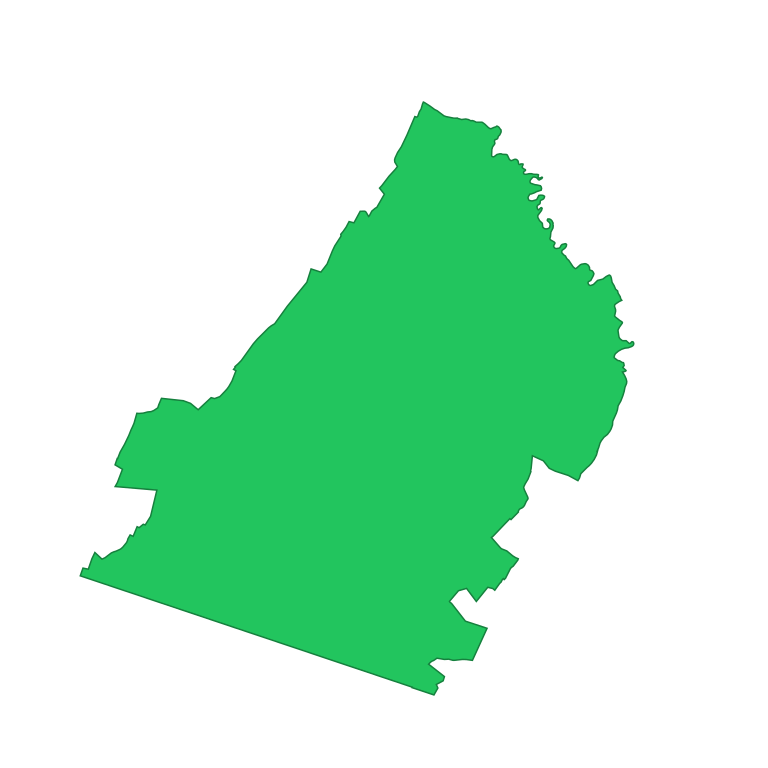 Polonuevo, Atlántico, Colombia (orthographic projection), rotated 198°
{"feature_id": "7082276B89878493029367", "entity_name": "Polonuevo", "entity_type": "district", "adm_level": 2, "iso_a3": "COL", "parent_name": "Colombia", "parent_adm1": "Atlántico", "projection": "orthographic", "projection_center": [-74.861, 10.76], "detail": "fine", "context": "isolated", "style": "filled", "palette": "green", "viewbox_px": 768, "rotation_deg": 198, "n_neighbors": 0, "source": "geoboundaries", "source_scale": "gbopen_adm2", "svg_char_len": 6171}
<svg xmlns="http://www.w3.org/2000/svg" viewBox="0 0 768 768"><g transform="rotate(198 384 384)"><path d="M259.5,567.3L262.1,566.0L263.3,566.0L264.0,566.2L265.2,567.3L265.3,568.3L264.9,570.4L265.1,571.1L265.9,571.6L270.3,572.6L271.2,573.6L271.2,575.5L272.2,580.0L271.5,584.6L272.0,586.9L272.7,588.1L272.9,589.3L274.8,591.2L276.2,591.9L277.5,592.1L279.2,591.6L279.4,590.3L278.9,589.7L276.4,588.6L275.2,587.1L274.8,584.2L274.9,583.8L276.1,582.4L277.7,581.6L278.7,581.4L279.6,581.4L281.5,582.3L283.1,585.8L286.6,587.5L289.2,590.0L289.8,591.8L287.8,597.7L287.9,600.0L288.8,600.4L289.3,600.1L290.7,597.6L291.1,597.3L292.2,598.0L293.4,600.0L292.8,602.0L291.6,603.3L291.4,604.2L291.9,606.4L291.5,607.3L290.0,608.6L289.4,609.5L289.1,610.7L289.3,612.1L290.4,612.5L291.5,612.5L293.5,612.0L295.0,611.2L295.7,606.8L296.5,606.0L299.8,603.8L302.4,603.5L303.2,603.8L304.6,605.5L304.6,607.2L303.9,609.7L302.7,610.2L299.9,612.4L298.4,614.0L294.4,616.9L294.5,618.6L295.4,620.1L296.5,620.9L300.0,620.6L302.1,620.2L306.5,620.3L307.1,620.6L307.8,621.7L307.8,623.2L306.5,626.4L305.7,627.1L305.1,627.3L303.2,627.4L301.8,627.0L300.3,626.0L299.4,626.0L297.4,628.1L297.1,629.2L297.4,629.5L297.8,629.5L299.1,628.2L300.0,627.9L300.8,628.1L301.5,628.7L301.7,630.6L302.1,630.8L303.5,630.6L306.4,629.7L308.7,629.6L311.1,628.8L313.1,627.6L314.8,627.0L315.5,627.0L316.2,627.3L316.7,628.5L316.6,629.5L315.7,630.3L315.5,631.2L316.0,631.6L317.9,631.9L319.4,632.6L319.7,633.4L319.5,635.6L319.9,636.2L321.9,635.6L322.3,634.8L323.5,634.6L324.0,635.1L325.4,637.5L326.8,638.3L328.0,638.5L329.3,638.0L331.7,635.9L332.5,635.7L334.2,636.4L337.5,639.9L338.7,640.1L342.1,639.1L343.9,639.1L345.2,638.6L347.5,637.2L349.2,634.7L349.9,633.9L350.9,633.7L351.8,633.9L352.3,634.6L353.9,640.4L354.0,643.1L353.0,646.0L352.9,647.2L353.9,648.8L354.0,649.7L353.9,650.7L352.4,651.7L351.8,652.6L351.8,654.9L350.9,656.6L350.5,659.4L350.7,660.6L351.3,661.9L352.3,662.4L354.0,663.7L355.6,664.2L356.5,664.1L357.3,662.9L358.4,662.3L361.1,659.9L362.4,659.7L364.1,660.2L368.2,662.2L371.1,663.2L371.9,663.2L377.2,661.5L379.8,661.9L381.6,661.8L382.2,661.4L383.1,661.2L385.2,661.6L388.1,661.3L392.0,659.5L395.7,659.4L396.7,659.6L397.2,659.2L399.9,658.4L407.7,657.5L410.0,657.6L417.8,660.3L420.6,660.7L426.0,662.5L432.5,664.2L433.7,664.3L433.9,662.3L433.7,656.9L434.5,653.9L434.6,649.1L435.0,648.3L435.4,647.9L437.3,647.9L439.1,627.8L440.8,615.0L442.6,608.5L443.3,602.6L443.2,600.4L442.3,598.4L438.4,595.0L439.6,591.6L443.4,583.3L447.4,571.9L448.8,568.9L442.3,564.6L445.4,549.8L446.6,548.5L449.0,544.7L449.9,539.6L450.4,538.6L454.2,541.9L455.0,542.3L456.0,542.3L460.0,540.9L462.4,528.0L467.4,527.7L468.5,521.4L470.0,516.5L471.4,513.0L470.6,511.5L470.7,510.8L473.5,500.2L474.2,494.8L475.2,480.5L478.6,470.9L488.9,470.9L488.8,456.9L500.0,428.1L506.6,407.5L509.3,404.4L511.1,401.7L518.2,387.8L520.7,381.9L526.9,362.4L528.9,358.3L531.1,354.5L530.6,354.1L531.6,351.4L528.9,350.9L529.5,339.9L530.8,333.6L531.8,330.6L533.2,327.5L536.2,321.3L540.6,317.8L544.2,317.6L552.8,302.1L562.0,305.8L569.7,306.1L591.2,301.6L591.8,294.8L591.8,291.4L594.7,287.7L596.9,285.8L600.3,284.3L604.0,281.9L607.9,280.3L610.0,279.8L609.6,269.3L610.0,265.3L610.4,262.3L610.8,256.2L612.1,246.5L613.9,237.7L614.3,230.7L614.7,230.7L614.8,224.0L606.4,222.1L607.1,207.9L608.0,203.4L567.2,212.9L565.1,186.0L567.5,176.2L569.6,176.2L572.5,171.7L574.7,172.0L575.5,161.6L578.8,162.0L579.7,157.8L579.6,155.4L579.9,153.5L582.1,147.9L583.6,145.5L587.1,142.3L589.2,140.8L591.2,139.0L595.6,132.6L598.1,130.3L606.9,134.4L607.8,127.5L608.0,116.5L613.4,115.9L613.6,107.7L263.5,104.4L263.5,103.9L240.4,103.7L238.8,111.5L241.4,114.4L236.0,120.0L236.1,124.4L255.0,131.3L253.8,133.8L252.3,135.7L251.4,136.3L248.9,139.6L241.5,140.7L237.4,142.3L233.2,142.5L231.6,143.0L224.3,146.3L220.6,147.4L214.5,148.5L210.5,183.5L233.3,183.6L252.1,196.3L253.6,196.7L254.6,197.5L249.3,210.4L242.3,215.1L229.0,205.7L222.5,222.7L217.4,223.1L214.9,222.1L212.4,230.0L211.4,231.8L211.0,234.7L210.3,235.8L209.3,235.1L208.4,236.7L206.7,247.7L205.9,249.2L204.8,250.7L202.3,257.9L202.3,259.3L205.1,259.5L208.7,260.4L215.6,263.2L221.4,263.6L222.9,264.3L234.4,271.2L233.3,272.8L222.7,294.8L221.3,294.3L216.6,303.8L217.0,304.5L216.5,306.8L214.1,309.2L213.4,310.4L212.9,311.9L212.4,316.3L211.6,319.1L211.7,319.8L212.3,320.8L217.6,326.5L219.0,328.4L219.3,329.3L218.9,332.6L217.6,338.2L217.2,346.1L217.7,346.5L218.0,349.3L220.7,361.6L208.7,360.2L200.8,354.9L194.1,354.0L180.4,354.0L169.7,352.0L169.0,355.1L169.1,359.5L165.1,367.4L163.6,369.8L162.2,372.8L160.8,377.2L160.0,382.1L160.2,386.5L160.5,386.3L160.2,389.7L160.3,394.5L159.8,397.2L158.4,401.3L155.9,405.1L154.6,408.9L154.1,411.5L154.0,415.6L154.9,419.1L154.9,419.9L154.0,428.2L154.0,431.5L154.6,435.6L153.5,441.1L153.2,446.7L153.3,451.2L153.8,455.3L153.5,459.5L153.9,461.4L155.3,463.7L157.9,466.5L160.9,469.1L158.7,470.4L158.0,471.2L158.0,471.7L162.0,473.5L161.3,475.8L162.4,477.8L162.9,478.3L164.2,478.1L167.1,478.9L169.0,478.6L173.1,480.1L173.5,480.7L173.6,483.1L173.2,484.5L171.4,487.5L168.8,490.4L166.0,492.5L162.8,494.0L160.0,496.2L159.1,497.4L158.8,498.4L158.9,499.5L159.4,500.4L160.1,501.0L160.7,501.0L161.2,500.9L161.6,500.4L162.2,499.0L162.9,498.5L163.5,498.4L167.1,500.0L170.2,499.0L171.1,499.0L173.2,499.8L174.4,500.6L175.2,501.6L177.9,507.0L178.1,508.1L177.6,511.0L176.2,515.4L176.3,516.2L177.0,516.7L179.5,517.3L184.8,519.3L185.7,519.9L186.2,524.8L186.8,526.4L188.8,529.1L189.0,530.8L188.6,531.5L185.9,535.0L183.7,537.1L185.1,538.1L186.4,540.1L189.4,542.7L190.6,544.7L193.0,545.7L195.6,548.7L198.5,551.2L200.6,555.1L201.8,556.7L203.1,557.3L203.9,556.9L205.9,554.9L208.3,551.4L212.9,548.5L215.6,543.3L217.8,541.6L218.4,541.4L219.7,541.6L220.9,542.6L221.3,543.4L221.2,544.5L219.3,546.4L218.4,551.7L218.4,553.7L219.5,555.0L221.1,556.0L223.4,556.0L223.9,556.6L224.6,558.4L226.4,560.1L228.5,560.7L230.0,560.6L233.1,559.0L234.1,558.1L236.7,553.7L237.5,552.9L238.4,553.0L240.5,554.0L246.6,558.8L248.2,559.4L249.5,560.3L250.9,561.8L252.6,562.2L255.4,563.7L256.0,565.4L255.8,566.3L254.0,568.8L253.4,570.3L253.2,571.6L253.5,573.1L254.2,573.5L254.9,573.5L257.7,571.8L258.4,570.6L258.8,568.1L259.5,567.3Z" fill="#22c55e" stroke="#15803d" stroke-width="1.5"/></g></svg>